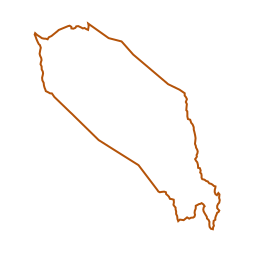 Planalto, Bahia, Brazil (Natural Earth projection), rotated 356°
{"feature_id": "56859067B84757283286079", "entity_name": "Planalto", "entity_type": "district", "adm_level": 2, "iso_a3": "BRA", "parent_name": "Brazil", "parent_adm1": "Bahia", "projection": "natural_earth1", "projection_center": [-40.414, -14.737], "detail": "fine", "context": "isolated", "style": "outline", "palette": "amber", "viewbox_px": 256, "rotation_deg": 356, "n_neighbors": 0, "source": "geoboundaries", "source_scale": "gbopen_adm2", "svg_char_len": 2497}
<svg xmlns="http://www.w3.org/2000/svg" viewBox="0 0 256 256"><g transform="rotate(356 128 128)"><path d="M56.7,91.9L71.3,108.1L72.9,109.8L76.5,113.9L97.9,138.0L112.2,148.5L128.5,160.4L135.9,165.8L152.7,191.5L153.9,193.5L155.3,194.3L156.9,194.1L159.6,194.0L161.3,194.7L161.5,196.7L162.8,197.9L164.0,199.3L164.9,201.6L166.7,202.0L168.6,202.7L168.6,205.4L168.0,207.8L168.9,209.4L169.9,210.7L169.8,212.4L170.2,214.6L170.0,217.1L170.9,219.3L171.0,222.2L171.6,224.4L173.4,223.0L175.3,223.4L177.1,223.8L179.0,222.5L180.7,221.3L182.7,222.7L184.6,221.9L186.8,221.9L188.1,221.1L188.8,219.3L188.5,217.3L188.9,215.2L189.9,213.2L190.2,210.3L191.7,209.7L193.4,208.9L194.9,208.7L196.2,208.1L197.9,209.5L199.0,211.4L198.0,212.4L197.4,214.5L197.6,216.3L198.3,217.9L199.4,220.1L200.4,222.0L200.5,223.8L201.9,225.2L202.7,227.3L202.4,229.5L202.5,232.3L203.7,234.3L205.6,234.9L206.0,232.9L206.9,231.5L206.5,229.4L207.0,226.6L208.7,225.6L208.8,223.8L209.5,222.0L210.4,220.3L211.0,218.8L212.5,218.1L213.3,216.7L212.3,215.5L211.4,214.2L211.5,212.0L212.5,210.1L213.8,208.9L214.5,206.3L214.0,204.1L214.3,202.4L214.6,200.6L213.6,199.2L212.0,201.2L210.7,200.2L210.0,197.9L210.3,195.5L210.9,194.0L211.2,192.4L209.6,191.8L208.3,190.4L207.0,189.5L205.2,188.9L203.8,186.8L202.4,186.4L200.7,184.9L198.5,184.2L197.9,182.7L198.1,180.5L197.9,178.7L196.9,177.5L197.5,175.5L196.9,173.1L195.2,172.6L195.2,169.7L194.7,167.0L193.6,165.5L192.8,163.7L193.8,162.6L194.7,161.4L194.5,159.8L195.5,158.1L195.9,156.2L195.5,154.4L194.5,152.3L194.4,150.6L193.7,148.5L194.2,145.8L194.7,142.9L194.5,140.5L194.2,138.2L193.9,136.3L193.5,134.4L193.6,131.8L192.7,129.0L191.4,127.2L190.6,124.1L188.4,123.2L188.0,120.5L188.2,118.2L188.3,115.5L187.4,114.3L187.7,112.2L188.0,110.4L188.4,108.3L187.5,106.1L188.8,103.3L187.9,101.2L186.8,99.6L187.0,97.3L182.1,93.4L171.1,87.1L169.8,85.8L138.3,55.1L128.8,42.7L127.6,41.2L115.0,37.0L95.6,21.1L95.9,23.2L95.6,24.8L95.0,27.3L93.1,26.3L91.6,25.2L89.9,25.5L88.0,24.3L85.5,22.9L83.5,23.0L82.5,24.4L80.4,25.1L78.5,24.7L78.5,23.1L76.9,21.9L75.3,22.2L65.7,25.4L64.6,26.3L58.1,30.9L55.3,32.0L54.0,33.9L52.3,33.2L50.4,33.0L48.4,32.4L46.2,30.6L43.9,28.9L42.0,26.9L41.4,28.3L42.2,30.4L42.9,33.0L43.9,35.8L44.9,38.2L45.9,39.1L46.6,41.9L45.9,44.1L45.0,47.8L45.4,49.9L46.3,52.1L46.5,54.3L45.7,56.3L45.2,58.3L46.1,60.5L46.0,63.6L46.9,65.6L47.1,67.5L46.7,69.1L45.8,71.9L45.9,74.5L47.0,77.0L47.1,79.6L47.6,82.1L48.2,83.8L48.6,85.5L50.7,86.7L52.7,88.0L54.5,88.2L56.7,91.9Z" fill="none" stroke="#b45309" stroke-width="2"/></g></svg>